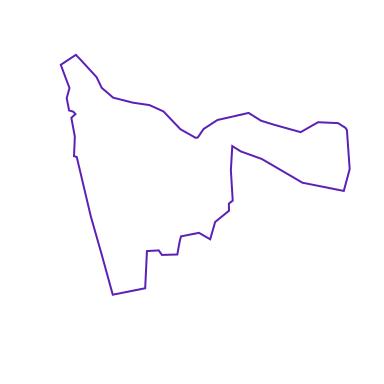 outline of Northumberland, Pennsylvania, United States of America, rotated 100°
{"feature_id": "52423323B19927434270146", "entity_name": "Northumberland", "entity_type": "district", "adm_level": 2, "iso_a3": "USA", "parent_name": "United States of America", "parent_adm1": "Pennsylvania", "projection": "equal_earth", "projection_center": [-76.752, 40.89], "detail": "fine", "context": "isolated", "style": "outline", "palette": "violet", "viewbox_px": 384, "rotation_deg": 100, "n_neighbors": 0, "source": "geoboundaries", "source_scale": "gbopen_adm2", "svg_char_len": 880}
<svg xmlns="http://www.w3.org/2000/svg" viewBox="0 0 384 384"><g transform="rotate(100 192 192)"><path d="M164.6,42.7L142.1,40.7L104.9,50.0L103.6,50.5L103.2,51.1L102.0,52.3L101.6,53.2L101.4,53.9L98.8,60.1L101.4,80.0L114.2,95.4L111.5,123.0L109.8,136.4L104.3,150.0L116.7,179.5L127.9,191.5L137.4,195.8L138.0,197.9L132.2,214.3L117.6,234.1L113.8,249.0L114.3,265.7L112.8,286.0L105.1,299.0L95.5,305.9L81.0,324.8L77.1,330.2L89.5,343.3L102.5,335.7L110.9,330.7L121.3,331.7L133.0,327.2L133.5,322.9L135.5,320.3L139.9,323.7L157.8,317.0L177.2,314.4L177.5,311.6L233.4,287.5L270.9,269.3L306.9,252.2L294.9,221.4L258.0,226.1L255.3,214.6L259.2,210.7L256.1,195.6L247.2,195.6L241.6,195.5L237.6,195.1L231.0,178.1L235.4,165.9L217.5,164.0L204.0,152.3L197.0,153.7L193.4,150.4L163.8,157.5L139.8,160.3L143.6,150.9L147.3,129.2L163.7,84.8L164.6,42.7Z" fill="none" stroke="#5b21b6" stroke-width="2"/></g></svg>